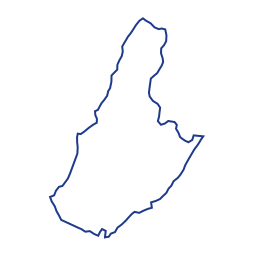 Itamari, Bahia, Brazil, rotated 182°
{"feature_id": "56859067B3442577657956", "entity_name": "Itamari", "entity_type": "district", "adm_level": 2, "iso_a3": "BRA", "parent_name": "Brazil", "parent_adm1": "Bahia", "projection": "natural_earth1", "projection_center": [-39.673, -13.781], "detail": "fine", "context": "isolated", "style": "outline", "palette": "blue", "viewbox_px": 256, "rotation_deg": 182, "n_neighbors": 0, "source": "geoboundaries", "source_scale": "gbopen_adm2", "svg_char_len": 1655}
<svg xmlns="http://www.w3.org/2000/svg" viewBox="0 0 256 256"><g transform="rotate(182 128 128)"><path d="M116.9,238.1L120.3,235.6L123.6,231.2L126.4,226.4L128.6,222.8L131.2,219.3L133.7,214.7L136.6,209.3L135.9,204.2L136.8,199.5L139.0,195.3L140.8,190.9L140.8,185.9L143.7,182.8L146.3,179.9L146.2,173.8L147.3,167.2L149.1,164.1L149.9,159.6L152.9,155.0L155.4,151.8L156.9,148.8L158.7,145.1L161.6,143.6L161.0,139.4L159.4,136.3L159.4,132.2L162.9,130.1L167.3,126.7L171.2,123.2L175.0,120.3L178.0,120.6L178.6,116.8L178.3,111.8L177.6,106.9L177.7,100.6L184.3,80.6L186.3,75.4L191.5,67.8L194.9,66.8L197.8,62.8L199.5,58.1L203.5,56.4L201.7,52.0L198.4,47.1L196.5,42.3L194.4,39.0L191.5,33.8L174.1,26.5L171.2,25.4L167.1,22.9L162.6,23.6L157.9,20.8L154.0,19.3L152.4,23.0L150.4,26.1L146.7,24.4L147.2,17.9L143.4,18.7L141.5,21.8L137.4,23.5L135.0,28.1L131.2,31.1L127.2,35.1L124.4,38.5L121.3,42.1L118.6,44.4L113.8,43.6L109.8,45.8L105.5,47.8L101.4,49.1L102.3,54.5L97.6,56.1L93.6,58.1L90.8,61.1L87.4,64.5L85.3,68.9L82.7,71.8L80.6,76.4L76.4,80.0L73.8,83.5L71.0,88.3L69.5,92.9L66.1,99.5L63.8,103.7L61.0,108.9L58.6,112.3L56.8,115.1L54.6,119.1L52.5,122.3L62.1,122.9L63.4,118.3L67.1,115.9L70.3,117.2L73.1,118.9L75.7,120.9L77.4,125.0L80.0,129.0L79.3,132.8L81.7,135.6L88.0,136.4L91.4,133.7L95.2,132.4L98.4,136.0L97.4,140.3L97.0,145.1L96.6,149.5L99.2,153.1L104.1,156.0L107.4,160.2L108.3,163.9L108.0,167.6L107.4,173.4L106.9,178.2L103.3,181.6L100.7,183.9L98.9,187.3L96.6,191.3L95.2,195.1L95.8,198.9L97.6,203.8L97.6,208.8L95.0,211.9L92.9,216.0L92.8,221.9L94.2,227.8L97.6,228.6L100.7,227.9L105.0,229.5L109.1,233.5L113.8,235.9L116.9,238.1Z" fill="none" stroke="#1e3a8a" stroke-width="2"/></g></svg>